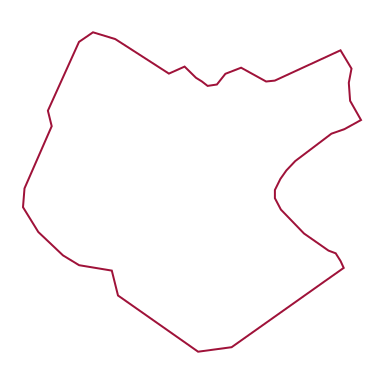 Cerknica, Natural Earth projection
{"feature_id": "SVN-943", "entity_name": "Cerknica", "entity_type": "Municipality", "adm_level": 1, "iso_a3": "SVN", "parent_name": "Slovenia", "parent_adm1": "", "projection": "natural_earth1", "projection_center": [14.404, 45.799], "detail": "fine", "context": "isolated", "style": "outline", "palette": "rose", "viewbox_px": 384, "rotation_deg": 0, "n_neighbors": 0, "source": "natural_earth", "source_scale": "10m", "svg_char_len": 629}
<svg xmlns="http://www.w3.org/2000/svg" viewBox="0 0 384 384"><path d="M266.1,81.5L274.8,80.6L340.5,50.3L351.5,68.6L348.8,82.8L350.1,100.8L361.0,120.0L344.5,129.1L331.4,133.7L295.3,161.0L286.4,170.4L280.4,178.9L274.9,190.0L274.9,198.2L280.9,209.6L304.0,233.5L328.5,250.6L335.7,253.3L340.6,261.1L343.7,267.9L324.4,281.5L231.6,347.2L198.1,351.7L118.0,295.5L111.8,270.6L79.1,265.2L63.0,255.4L38.3,232.0L23.0,207.2L24.5,188.4L51.7,126.2L47.9,110.7L79.0,41.9L93.0,32.3L115.3,39.1L168.9,73.6L184.6,66.6L196.0,77.8L201.8,81.4L207.6,85.9L216.9,84.5L225.4,73.8L241.1,67.7L266.1,81.5Z" fill="none" stroke="#9f1239" stroke-width="2"/></svg>